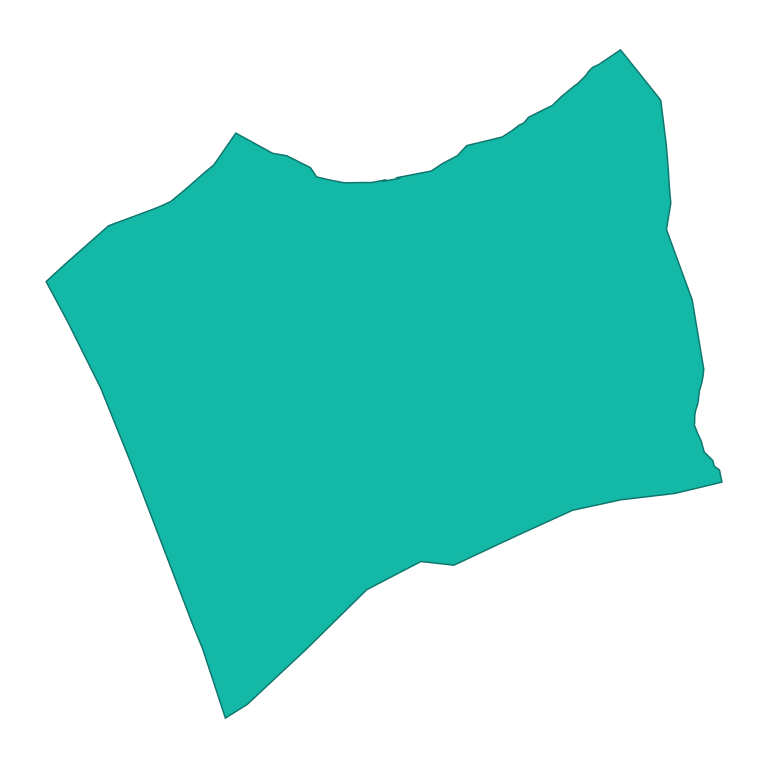 San Pedro Molinos, Oaxaca, Mexico (Albers equal-area conic projection)
{"feature_id": "50627088B87243805311427", "entity_name": "San Pedro Molinos", "entity_type": "district", "adm_level": 2, "iso_a3": "MEX", "parent_name": "Mexico", "parent_adm1": "Oaxaca", "projection": "albers", "projection_center": [-97.543, 17.102], "detail": "fine", "context": "isolated", "style": "filled", "palette": "teal", "viewbox_px": 768, "rotation_deg": 0, "n_neighbors": 0, "source": "geoboundaries", "source_scale": "gbopen_adm2", "svg_char_len": 1316}
<svg xmlns="http://www.w3.org/2000/svg" viewBox="0 0 768 768"><path d="M721.9,482.1L719.5,470.0L714.4,466.3L712.7,460.4L704.3,452.2L701.0,440.5L697.7,433.6L694.3,424.9L694.7,422.4L694.7,416.0L695.4,411.4L697.9,403.2L699.5,390.5L701.8,382.9L703.0,376.2L703.8,369.2L701.4,355.2L699.8,345.4L697.4,331.1L692.2,299.9L681.0,269.4L666.5,229.6L670.8,202.9L669.5,188.8L669.2,184.3L668.5,172.2L666.2,143.8L665.2,136.0L660.8,100.5L658.2,97.0L634.4,67.2L629.4,61.0L629.0,60.4L620.5,49.9L616.0,52.9L599.0,64.4L592.4,67.5L588.4,71.7L586.0,75.3L577.6,83.7L574.5,85.8L561.3,96.7L552.3,105.5L545.8,108.6L528.5,117.3L523.7,123.1L519.4,125.0L511.8,130.8L502.2,137.0L466.7,145.6L457.4,155.7L443.1,163.2L431.2,171.0L397.3,177.6L398.9,178.4L384.0,181.1L384.9,180.0L372.0,182.5L358.7,182.6L344.4,182.8L329.1,179.9L316.6,176.9L310.8,168.1L309.0,166.9L286.8,155.8L272.6,153.3L235.8,133.1L220.4,155.5L213.7,165.1L206.5,170.9L184.8,189.9L170.8,201.5L163.0,205.1L155.8,208.2L131.4,217.3L115.1,223.3L108.5,225.8L64.8,264.4L46.1,281.6L66.9,320.2L100.6,387.8L132.6,467.1L192.0,622.8L202.5,648.4L225.4,718.1L247.2,704.4L277.6,676.0L306.1,649.4L366.7,589.7L399.9,572.4L421.0,561.5L453.9,565.2L497.9,544.5L522.2,533.2L545.0,522.8L572.4,510.3L584.5,507.7L620.7,499.8L675.0,493.4L721.9,482.1Z" fill="#14b8a6" stroke="#0f766e" stroke-width="1.5"/></svg>